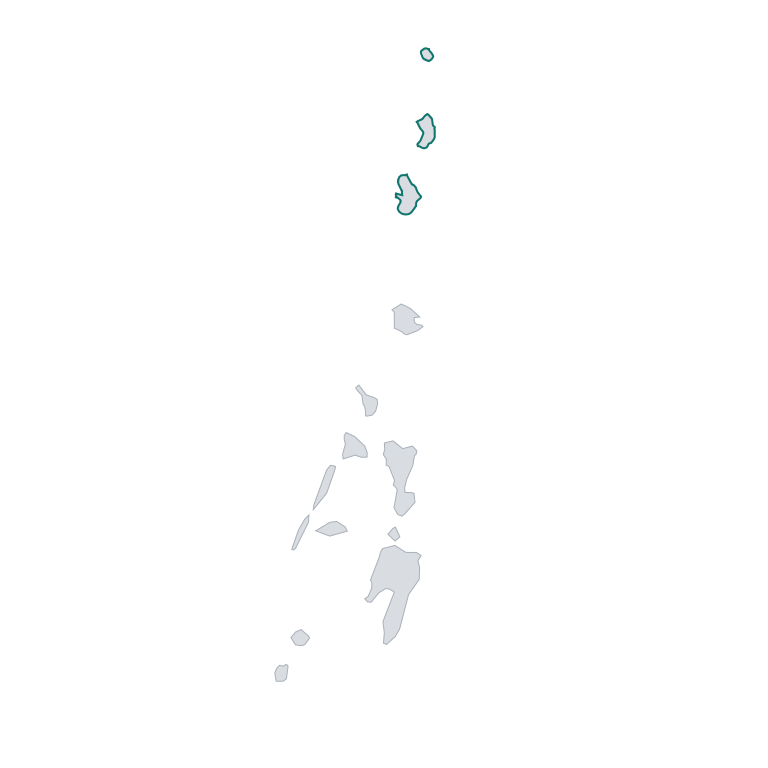 Tafea on a map of Vanuatu (Robinson projection), rotated 211°
{"feature_id": "VUT-562", "entity_name": "Tafea", "entity_type": "Province", "adm_level": 1, "iso_a3": "VUT", "parent_name": "Vanuatu", "parent_adm1": "", "projection": "robinson", "projection_center": [169.345, -19.436], "detail": "fine", "context": "in_parent", "style": "outline", "palette": "teal", "viewbox_px": 768, "rotation_deg": 211, "n_neighbors": 0, "source": "natural_earth", "source_scale": "10m", "svg_char_len": 3975}
<svg xmlns="http://www.w3.org/2000/svg" viewBox="0 0 768 768"><g transform="rotate(211 384 384)"><path d="M262.5,179.7L268.0,211.0L274.2,211.0L277.4,209.3L281.0,202.0L282.6,190.4L285.8,188.8L289.9,190.0L288.2,193.7L289.4,202.9L292.5,208.0L294.6,208.9L298.9,233.1L300.4,238.1L300.4,242.2L291.6,251.2L278.6,250.9L269.4,256.3L263.8,256.0L263.9,249.9L258.9,245.0L253.2,234.6L254.5,216.2L244.4,181.9L244.3,173.3L247.7,162.1L251.0,161.6L255.6,171.0L262.5,179.7ZM318.1,300.0L322.0,302.1L324.0,302.1L325.3,306.7L337.2,315.9L340.4,315.6L343.2,320.7L348.3,323.2L349.7,328.4L353.3,333.6L347.0,339.9L334.7,338.2L327.7,345.4L321.3,343.6L320.2,339.8L321.1,338.5L317.3,328.9L315.5,314.2L312.9,305.6L310.1,301.9L304.4,305.1L302.1,305.7L296.5,298.6L299.1,284.2L300.5,280.0L304.9,279.3L311.7,283.0L318.1,300.0ZM477.3,569.8L473.5,574.4L470.2,573.9L448.6,563.2L449.5,558.9L448.6,547.7L451.0,541.7L456.9,539.2L461.6,540.5L464.4,549.4L470.8,553.0L466.3,556.1L474.1,562.8L477.3,569.8ZM403.9,437.2L412.1,450.7L415.4,451.8L410.4,461.5L400.1,462.3L387.9,459.8L392.3,456.5L390.0,452.7L386.3,452.0L382.1,453.8L380.1,453.2L382.8,446.9L389.6,438.1L391.6,437.5L393.4,437.4L395.2,438.1L403.9,437.2ZM391.4,322.9L381.9,323.8L368.6,320.9L363.3,316.8L360.9,312.6L365.5,309.6L372.1,308.1L380.4,298.7L383.2,302.3L386.3,312.9L389.6,316.1L391.5,319.3L391.4,322.9ZM490.2,626.7L485.8,637.0L478.3,634.6L471.3,627.1L467.6,620.6L470.1,608.1L473.7,606.0L477.5,606.7L479.4,618.9L490.2,626.7ZM384.4,288.1L383.0,288.3L381.6,283.9L376.9,260.7L379.9,239.9L381.9,244.3L388.9,280.7L388.0,286.7L384.4,288.1ZM403.9,364.8L406.3,366.2L405.0,370.1L393.6,365.6L384.5,367.4L381.9,367.2L379.2,363.6L377.2,356.4L378.1,351.3L381.9,347.8L383.4,347.3L386.2,351.6L388.8,354.6L391.4,355.8L397.2,362.9L403.9,364.8ZM359.3,237.4L353.8,241.8L343.5,241.4L339.7,238.9L352.2,225.7L366.9,223.0L359.3,237.4ZM332.0,126.0L328.6,130.8L319.2,129.2L317.0,128.0L317.6,120.0L319.9,117.2L325.5,114.8L333.2,118.7L332.0,126.0ZM324.0,92.5L322.8,93.4L320.9,92.7L315.9,81.2L317.2,77.4L323.3,73.7L328.8,80.1L329.4,83.6L329.3,86.6L328.5,89.2L324.8,90.3L324.0,92.5ZM382.3,227.3L380.9,233.1L377.5,226.4L375.2,197.7L376.1,195.0L377.9,194.8L382.1,214.8L382.3,227.3ZM523.5,688.0L520.6,693.2L516.1,693.1L510.4,689.5L511.5,684.8L518.0,684.0L519.9,684.3L523.5,688.0ZM302.0,264.8L300.5,267.2L291.7,261.1L293.7,255.1L303.3,257.3L302.0,264.8Z" fill="#d9dde1" stroke="#a8b0b8" stroke-width="1"/><path d="M477.5,569.3L476.7,571.7L475.1,572.9L473.4,573.8L472.4,575.4L470.7,574.0L463.4,569.7L462.4,569.4L461.4,569.9L460.8,569.8L458.2,569.0L457.5,568.6L456.6,567.7L454.6,566.1L453.2,565.4L448.7,563.7L448.5,562.1L449.9,557.9L449.9,556.6L449.6,555.6L449.1,554.6L448.4,553.6L448.2,552.9L448.8,546.1L449.3,544.1L450.4,542.3L452.9,540.3L456.1,539.2L459.5,539.4L462.3,541.0L463.1,542.5L463.4,544.3L463.4,547.8L463.9,549.5L465.1,550.3L468.4,550.7L468.8,550.4L469.4,550.2L469.8,550.1L470.2,550.3L470.1,551.1L470.8,551.6L471.3,552.2L471.7,553.0L471.8,553.6L470.9,553.7L465.6,555.2L467.6,557.9L467.9,558.8L468.4,559.0L471.0,560.5L471.8,561.1L474.3,562.6L476.1,564.3L477.1,566.4L477.5,569.3ZM485.4,622.2L488.0,623.8L489.3,624.8L491.0,625.5L490.5,626.6L487.6,630.7L487.1,634.8L486.4,636.9L485.7,637.8L484.1,637.6L480.5,636.5L479.2,635.8L475.8,631.4L474.9,630.7L473.3,630.6L472.7,630.3L472.4,629.7L472.1,628.6L471.5,627.9L471.0,627.4L470.7,627.1L470.5,626.3L467.7,621.9L467.4,620.9L467.3,619.5L467.4,617.1L467.8,614.8L468.8,613.8L469.4,613.2L469.4,612.0L469.1,609.8L469.4,608.7L469.8,607.9L470.4,607.2L471.3,606.6L472.9,606.1L476.1,606.0L477.5,605.3L478.8,606.6L478.9,607.8L478.4,609.4L478.1,611.5L479.2,618.6L479.9,620.0L481.6,620.8L483.7,621.4L485.4,622.2ZM518.9,683.6L520.6,685.0L521.8,685.8L522.9,686.8L523.7,688.5L522.8,690.9L522.3,692.1L521.5,693.0L520.5,693.5L518.7,693.9L518.0,694.3L517.3,693.5L516.2,692.9L514.1,692.3L511.6,691.1L510.5,690.1L510.3,687.9L510.9,685.5L511.9,683.9L513.0,683.6L515.1,683.2L517.3,683.1L518.9,683.6Z" fill="none" stroke="#0f766e" stroke-width="2"/></g></svg>